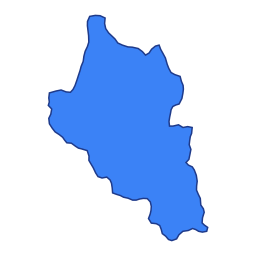 Bugre, Minas Gerais, Brazil (Natural Earth projection)
{"feature_id": "56859067B89432192143987", "entity_name": "Bugre", "entity_type": "district", "adm_level": 2, "iso_a3": "BRA", "parent_name": "Brazil", "parent_adm1": "Minas Gerais", "projection": "natural_earth1", "projection_center": [-42.308, -19.357], "detail": "fine", "context": "isolated", "style": "filled", "palette": "blue", "viewbox_px": 256, "rotation_deg": 0, "n_neighbors": 0, "source": "geoboundaries", "source_scale": "gbopen_adm2", "svg_char_len": 1854}
<svg xmlns="http://www.w3.org/2000/svg" viewBox="0 0 256 256"><path d="M49.4,92.9L48.8,98.0L49.3,102.0L48.3,105.4L51.7,109.0L50.8,114.2L48.8,118.3L49.4,123.8L52.3,128.3L55.1,131.9L59.4,134.7L62.7,137.3L64.6,140.1L66.8,142.8L71.4,143.2L75.6,146.3L78.4,148.1L81.6,148.9L87.2,150.6L89.0,156.1L88.9,160.4L90.7,163.5L93.2,167.7L95.7,173.0L98.0,176.6L102.0,178.0L106.8,177.1L110.1,180.0L111.5,183.3L112.2,187.8L112.6,192.9L116.4,194.3L120.3,195.5L123.5,197.2L128.1,198.2L132.6,200.1L136.2,200.1L139.7,199.0L143.3,198.4L147.3,198.6L150.3,201.9L151.3,206.4L151.0,210.4L150.2,214.0L148.5,218.6L151.3,223.1L156.3,223.7L159.7,225.5L161.2,229.3L162.3,233.6L165.7,236.2L168.5,239.5L171.8,240.6L176.6,238.9L178.9,234.8L182.9,231.3L188.3,230.5L192.6,228.5L195.8,229.6L198.6,231.3L202.4,232.1L206.7,231.3L207.7,227.4L204.4,225.1L202.1,222.9L202.5,217.8L204.2,212.3L203.4,208.8L200.8,205.0L200.3,198.4L198.3,194.3L196.5,190.1L196.6,186.0L197.2,181.2L196.3,175.3L194.3,170.0L192.3,166.9L188.4,165.1L186.0,162.5L188.9,159.4L190.0,154.0L190.9,149.4L189.2,144.7L189.7,140.4L190.3,136.6L191.6,133.4L192.2,127.5L187.7,126.6L183.0,127.5L178.5,124.8L172.9,126.1L169.5,126.1L169.0,121.5L169.7,117.0L170.5,113.2L171.1,109.7L172.8,106.5L175.8,105.0L179.1,104.0L181.9,98.5L182.9,93.2L183.4,89.1L183.1,85.4L181.4,81.3L180.1,76.4L174.8,74.6L171.0,72.5L168.8,68.4L167.2,64.3L165.4,58.0L163.1,53.7L160.7,49.4L159.1,45.1L155.4,46.1L151.6,49.2L149.1,53.0L145.5,55.1L142.4,51.6L138.2,48.5L132.4,47.2L127.9,46.9L122.4,45.1L117.8,43.0L115.0,39.0L112.2,36.3L108.6,32.9L105.7,28.6L104.6,23.5L105.1,18.0L100.1,15.7L95.3,15.4L89.7,16.4L87.5,21.4L87.4,25.7L87.9,29.8L88.6,35.7L88.8,42.1L87.4,46.6L85.2,51.2L83.9,56.2L83.2,61.4L81.1,66.5L80.1,70.4L78.6,74.9L77.0,79.9L75.0,85.6L73.0,89.5L70.4,92.3L66.1,91.9L61.1,90.0L56.1,91.0L49.4,92.9Z" fill="#3b82f6" stroke="#1e3a8a" stroke-width="1.5"/></svg>